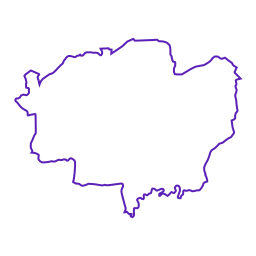 Cu Kuin, Đắk Lắk, Vietnam (orthographic projection)
{"feature_id": "81297802B8003578408571", "entity_name": "Cu Kuin", "entity_type": "district", "adm_level": 2, "iso_a3": "VNM", "parent_name": "Vietnam", "parent_adm1": "Đắk Lắk", "projection": "orthographic", "projection_center": [108.173, 12.577], "detail": "fine", "context": "isolated", "style": "outline", "palette": "violet", "viewbox_px": 256, "rotation_deg": 0, "n_neighbors": 0, "source": "geoboundaries", "source_scale": "gbopen_adm2", "svg_char_len": 4641}
<svg xmlns="http://www.w3.org/2000/svg" viewBox="0 0 256 256"><path d="M31.7,152.6L35.0,153.0L37.4,154.0L38.7,155.0L38.7,156.1L38.3,158.2L38.7,159.6L40.1,161.3L41.9,162.3L44.1,162.4L47.8,162.0L52.1,161.2L53.4,161.6L54.9,161.5L58.7,159.7L60.7,160.1L61.9,160.0L63.7,159.4L65.6,159.5L66.9,160.6L67.9,160.6L68.9,159.5L70.1,158.4L71.1,158.3L72.5,158.9L74.3,160.3L75.1,162.0L75.0,166.9L74.6,172.9L73.9,178.8L73.1,182.0L76.0,183.6L77.2,183.6L78.4,183.7L79.3,184.0L80.9,185.2L82.1,185.7L83.2,185.7L84.3,185.4L85.9,184.9L88.5,183.8L91.9,184.0L94.2,184.2L96.3,184.5L100.7,185.2L102.3,185.4L103.7,185.2L104.9,184.8L106.8,185.3L108.3,185.2L109.4,185.1L114.7,184.4L121.4,183.5L122.5,183.9L122.7,184.5L123.1,185.4L122.9,186.9L122.1,188.1L121.5,190.2L121.4,191.4L121.9,194.2L123.3,199.6L125.2,206.6L125.7,208.3L125.5,209.7L124.5,212.3L125.2,212.3L126.4,211.7L127.1,211.9L128.4,213.5L129.1,214.0L131.0,214.0L131.6,214.2L131.3,214.9L130.8,214.9L130.5,215.1L130.5,215.8L131.0,216.5L132.5,217.1L133.3,216.4L133.9,215.6L134.0,214.8L133.9,212.9L133.9,209.0L134.1,208.5L134.5,208.1L137.4,208.1L138.0,207.8L138.4,207.3L138.7,206.2L138.8,205.1L138.7,204.3L138.5,202.8L137.2,200.4L137.2,199.5L137.8,198.7L139.8,197.9L140.8,198.0L141.9,198.9L143.3,199.1L143.8,198.5L143.9,197.7L143.8,196.5L143.7,195.3L144.1,194.5L144.9,194.4L146.1,194.8L146.9,195.3L147.4,195.2L149.0,193.7L149.9,193.5L150.8,193.2L151.1,192.6L151.3,191.9L151.9,189.4L152.4,188.7L153.2,188.6L154.4,188.8L154.8,189.0L156.4,190.5L157.6,190.5L158.1,190.2L161.4,188.8L162.6,188.9L163.2,189.2L163.7,189.8L163.7,190.8L162.3,192.2L159.8,193.5L159.3,194.1L159.2,195.4L159.4,195.8L160.2,195.7L161.4,194.2L162.5,193.6L164.4,193.8L166.3,195.1L167.7,195.8L169.2,194.5L170.9,192.5L171.6,192.1L172.6,192.6L174.1,193.0L175.2,191.9L175.8,190.9L175.8,190.3L175.3,189.2L174.8,188.0L175.1,187.1L176.3,185.7L177.3,185.6L178.4,185.8L179.3,186.6L179.8,188.2L179.9,189.8L179.9,191.0L178.6,194.7L177.8,196.7L177.9,197.6L178.9,198.1L179.8,198.3L180.5,198.2L180.7,197.5L181.2,196.1L182.2,195.0L183.1,194.3L183.2,193.3L183.2,191.5L183.6,190.6L184.4,190.3L185.3,190.7L186.7,190.8L188.8,190.2L189.9,190.2L192.2,191.2L193.5,191.2L196.7,190.4L199.2,190.3L200.2,189.5L201.3,188.1L202.9,185.5L203.5,183.4L204.7,182.4L205.9,181.9L207.2,181.5L207.2,180.1L206.4,177.2L205.3,175.0L205.6,174.4L204.4,171.0L204.2,169.1L204.1,167.5L205.5,164.1L207.9,159.7L209.4,155.6L210.0,153.4L210.3,152.4L211.6,150.3L214.8,148.2L217.4,145.8L219.2,143.8L221.0,143.2L222.7,142.7L225.1,140.7L228.4,138.4L230.9,137.2L232.0,135.8L233.8,133.3L234.0,132.4L233.9,131.5L232.6,127.5L231.6,120.5L234.0,119.5L234.9,118.7L235.2,117.9L235.1,115.6L235.9,112.9L237.3,111.4L237.5,110.4L237.1,108.6L236.7,105.7L236.2,100.6L236.2,100.2L235.5,97.2L235.2,95.2L236.4,91.5L236.6,89.8L235.6,87.0L235.5,85.9L236.4,84.6L236.4,83.9L235.8,80.6L236.3,79.8L237.5,79.4L240.6,78.6L234.7,72.7L234.6,72.0L236.7,67.5L233.8,65.7L232.8,64.7L232.0,63.0L228.5,60.5L225.0,57.7L224.9,57.7L222.1,58.8L220.4,58.4L217.7,56.5L214.7,56.5L212.4,58.3L211.1,60.2L209.4,61.8L205.7,64.2L203.5,65.2L199.5,65.9L195.5,66.7L191.2,68.8L184.5,72.8L182.6,74.0L181.8,74.4L176.6,74.4L174.8,74.1L174.0,72.1L173.9,70.3L173.9,68.9L174.7,66.6L175.3,65.7L175.1,64.3L175.3,63.0L175.2,62.4L174.8,62.0L173.1,61.7L172.3,60.0L171.5,56.1L170.4,54.6L170.4,50.6L170.2,47.5L169.5,45.1L168.1,43.7L167.0,42.8L165.3,42.0L162.5,41.4L158.8,41.2L157.0,39.7L153.5,40.0L134.9,40.7L133.3,38.9L127.4,41.5L122.4,46.2L111.3,53.7L111.6,49.6L109.2,49.4L108.5,48.3L100.6,48.7L102.2,51.8L102.1,53.3L101.8,54.4L100.9,55.2L100.1,55.2L97.9,53.1L96.7,52.8L95.1,52.7L93.7,52.8L92.1,52.5L90.6,52.3L88.1,52.3L86.3,52.4L84.9,53.1L83.6,54.8L82.3,55.7L81.1,55.7L80.1,54.6L79.0,55.5L77.9,55.8L77.1,55.8L76.3,56.4L75.2,57.1L74.3,57.1L73.0,56.7L70.2,56.0L68.6,56.0L67.2,56.8L66.3,57.6L66.0,57.9L65.2,59.2L64.0,60.6L63.9,60.7L62.8,63.4L60.2,65.7L60.1,65.8L57.6,68.4L55.7,70.5L53.5,72.6L51.9,73.5L49.4,74.3L45.6,76.9L42.8,78.9L40.9,81.2L39.5,84.6L39.0,82.7L38.6,80.2L37.9,78.7L37.6,77.4L37.7,76.7L39.2,74.5L39.1,74.2L38.4,73.8L30.9,70.5L25.4,74.5L24.4,75.9L25.6,78.7L26.2,81.1L26.5,83.0L26.0,83.7L26.0,84.6L26.1,85.7L26.0,86.8L26.3,87.7L26.8,87.8L28.3,88.0L29.0,89.0L28.8,90.2L29.0,92.5L28.6,93.5L27.4,94.7L26.3,95.2L24.9,94.9L23.3,94.6L22.2,95.0L20.9,95.7L19.8,97.5L18.2,98.4L16.9,98.4L15.9,98.8L15.4,99.7L15.5,101.0L17.6,102.9L19.9,106.0L21.8,107.9L24.7,109.8L26.6,110.8L27.6,112.2L27.7,114.4L27.8,115.3L28.5,115.4L30.1,114.9L34.3,114.1L35.3,114.1L35.6,115.4L35.8,130.4L35.7,133.4L34.7,134.7L33.9,136.4L33.4,137.6L32.5,139.8L30.9,143.2L30.7,145.9L30.9,148.2L32.2,150.6L32.3,151.4L32.0,152.3L31.7,152.6Z" fill="none" stroke="#5b21b6" stroke-width="2"/></svg>